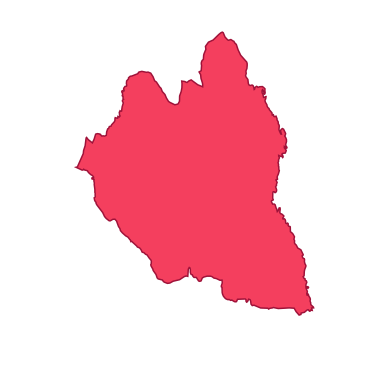 outline of Guavatá, Santander, Colombia, rotated 165°
{"feature_id": "7082276B43213471639741", "entity_name": "Guavatá", "entity_type": "district", "adm_level": 2, "iso_a3": "COL", "parent_name": "Colombia", "parent_adm1": "Santander", "projection": "equal_earth", "projection_center": [-73.726, 5.947], "detail": "fine", "context": "isolated", "style": "filled", "palette": "rose", "viewbox_px": 384, "rotation_deg": 165, "n_neighbors": 0, "source": "geoboundaries", "source_scale": "gbopen_adm2", "svg_char_len": 6001}
<svg xmlns="http://www.w3.org/2000/svg" viewBox="0 0 384 384"><g transform="rotate(165 192 192)"><path d="M87.2,218.2L87.4,220.2L87.9,222.1L87.1,222.9L86.4,224.3L87.3,229.0L88.3,229.9L89.7,229.3L90.7,228.3L90.7,224.8L91.2,225.0L91.8,228.5L91.8,230.0L90.6,233.1L90.6,234.4L91.0,235.5L90.6,237.4L91.2,239.8L90.9,240.6L91.2,243.5L92.7,243.4L93.3,243.8L93.4,245.6L94.5,245.5L94.3,247.9L96.0,251.5L96.0,252.7L96.9,254.0L97.2,255.5L97.1,257.0L97.8,259.5L97.9,261.1L97.5,262.1L96.7,262.9L95.8,265.0L96.4,265.1L97.8,264.5L98.4,264.8L98.2,268.6L98.5,269.0L98.5,270.1L98.1,271.7L97.4,272.6L97.0,272.0L96.8,270.8L96.9,268.0L96.6,267.7L96.1,268.1L95.6,269.2L95.4,270.9L94.8,272.8L95.8,274.5L96.7,275.6L99.4,276.2L101.2,276.0L101.7,276.9L102.4,277.4L104.1,276.6L105.0,275.0L105.4,274.9L105.2,277.1L105.5,279.0L106.3,279.8L108.3,279.8L109.3,280.8L109.5,282.2L108.9,286.2L110.1,289.4L110.1,290.6L108.9,292.6L108.8,294.0L108.4,295.2L107.0,297.1L106.0,299.8L105.5,301.6L105.5,303.3L109.6,311.5L110.7,317.5L111.0,323.1L112.1,324.9L112.6,326.8L113.2,327.2L115.0,329.2L117.5,329.1L118.3,329.9L120.0,333.2L120.6,337.8L121.4,338.6L123.0,338.3L125.4,337.2L132.3,333.3L137.3,332.5L141.3,329.2L141.7,326.2L144.6,322.4L145.3,321.2L146.7,317.2L148.3,316.3L149.4,314.8L149.9,313.3L150.0,311.7L151.7,306.8L154.1,306.1L153.3,303.1L153.9,299.4L153.7,294.8L153.9,292.8L154.5,290.9L158.7,294.1L163.8,300.5L166.3,300.1L168.4,299.1L169.3,299.6L170.4,300.6L173.2,301.8L173.6,299.3L174.8,295.3L176.4,291.9L179.1,288.0L180.6,282.9L182.5,280.8L183.3,280.6L186.0,280.7L190.4,284.5L191.3,285.7L192.4,289.5L192.9,293.2L194.7,296.7L195.1,300.2L196.1,301.9L197.9,307.4L199.3,309.1L199.8,313.4L201.1,317.5L203.4,319.2L205.0,319.4L209.2,321.5L211.3,321.6L212.6,321.5L213.7,320.3L220.2,319.6L221.7,319.8L223.7,318.8L224.1,317.7L226.4,316.2L227.3,313.8L227.4,312.1L227.9,311.2L229.4,311.3L231.1,309.9L231.5,308.9L231.2,308.2L231.4,307.4L231.8,307.1L233.1,307.9L233.6,307.6L233.9,307.0L233.9,306.5L233.4,306.0L233.8,304.9L233.8,303.6L234.4,303.3L234.4,302.7L233.9,302.1L234.5,299.9L234.1,299.3L235.4,298.6L235.7,298.0L235.3,295.8L237.3,292.6L239.1,288.4L239.8,288.4L240.5,289.1L241.2,288.1L241.6,287.9L242.1,284.8L241.8,284.1L242.8,283.3L244.0,284.2L244.6,282.6L245.1,282.6L246.9,283.7L247.3,283.1L248.0,280.9L248.9,279.9L252.3,277.7L253.1,276.6L254.9,276.6L256.2,274.9L257.1,274.8L258.9,272.1L260.1,268.9L262.0,268.6L263.4,269.3L264.5,269.3L265.0,269.8L265.5,271.4L266.0,271.4L266.5,272.1L268.4,272.9L270.1,272.8L272.9,268.3L275.5,265.2L278.7,269.5L279.7,272.0L280.2,271.7L280.8,270.4L283.2,264.4L286.0,260.1L287.1,257.2L296.2,245.9L297.6,245.9L292.5,241.6L291.4,241.5L290.7,242.0L290.1,241.1L287.5,239.6L287.0,237.7L285.3,235.0L284.0,233.8L283.2,232.0L283.4,231.1L284.8,231.6L285.3,230.7L283.4,229.3L283.9,228.1L284.0,226.0L284.5,224.6L285.2,219.4L285.9,216.8L285.9,215.5L286.4,214.1L286.5,212.8L286.9,212.2L288.0,211.7L288.2,209.3L287.9,207.8L287.4,207.0L287.6,205.6L287.1,203.8L283.6,195.3L282.8,190.9L281.7,188.6L279.5,185.7L278.5,185.3L275.5,186.1L273.5,185.7L272.4,183.5L271.9,177.6L271.1,175.4L271.1,173.2L269.8,170.5L267.4,166.8L265.7,165.2L265.2,164.2L264.4,162.2L264.0,161.8L263.9,159.9L263.1,160.0L259.4,154.2L259.0,153.0L257.1,151.6L256.2,149.6L255.7,146.8L254.1,145.8L253.0,143.9L251.7,142.9L250.5,139.4L249.2,136.6L249.2,135.6L250.0,133.2L250.6,132.5L250.7,131.3L249.8,127.8L249.8,126.2L248.1,121.6L247.9,118.1L247.2,116.8L243.3,114.6L242.8,112.9L242.0,112.0L239.4,110.1L236.9,109.8L233.3,110.7L226.7,110.5L221.3,112.3L219.4,112.4L217.9,111.6L215.5,118.5L214.2,119.8L213.6,119.1L213.7,117.4L214.4,114.9L214.4,113.3L214.1,112.5L213.1,111.9L212.9,110.3L212.2,109.0L209.9,108.3L208.7,104.4L207.6,103.7L206.2,103.8L204.3,106.3L202.5,106.8L199.2,106.8L195.9,105.9L194.6,105.1L193.1,103.2L190.9,102.1L187.8,99.5L185.8,99.1L186.3,96.3L188.0,93.7L188.2,92.8L187.7,92.2L188.9,86.9L188.9,85.2L188.6,83.2L187.9,81.6L187.2,80.3L185.9,79.2L185.0,78.6L184.1,78.7L182.7,77.3L181.5,77.3L179.4,75.1L178.2,74.6L177.4,74.6L175.8,76.6L168.3,74.9L167.7,74.1L168.1,72.6L167.8,71.5L166.8,71.7L165.0,73.8L163.8,73.0L163.6,71.4L164.0,68.4L163.2,66.7L161.4,66.6L155.7,62.2L148.8,60.1L148.3,59.1L146.7,59.5L144.3,59.2L143.4,59.4L138.8,57.1L128.1,54.9L123.4,53.3L122.4,49.5L120.4,45.4L118.5,45.5L117.9,46.8L114.6,46.7L111.1,48.3L110.2,48.2L109.4,46.5L108.7,46.4L108.1,47.2L106.5,46.5L106.5,49.0L104.5,48.6L104.5,49.4L106.1,51.9L106.4,53.1L106.0,54.1L106.2,56.1L105.4,57.9L105.5,59.4L106.1,61.2L106.1,62.6L106.4,63.5L106.9,62.4L107.5,62.6L107.5,64.0L106.3,66.1L106.7,69.2L106.6,70.2L104.9,69.0L104.1,69.8L104.6,70.6L106.2,70.9L106.3,71.8L105.8,73.3L104.5,75.0L104.5,76.0L104.7,76.8L105.3,77.1L105.5,77.8L105.3,79.0L106.2,79.7L106.6,81.4L105.4,82.1L104.1,86.1L103.3,87.8L101.3,90.6L101.0,91.6L101.5,93.7L101.4,95.8L100.8,97.5L100.8,98.5L101.8,99.3L102.2,100.8L102.0,102.0L101.1,102.2L100.8,102.7L101.8,108.0L104.4,110.6L105.0,113.7L105.9,115.2L106.2,116.3L105.5,118.5L105.8,120.0L104.6,122.2L105.3,125.2L106.0,126.6L107.2,128.2L106.1,132.9L106.4,133.4L107.5,134.0L107.8,134.8L107.3,136.3L107.7,137.2L108.8,137.0L109.5,137.7L109.1,140.1L109.2,141.4L109.8,142.3L111.0,142.3L111.1,143.3L109.7,144.6L109.5,145.3L111.0,147.5L112.1,148.2L112.5,149.5L111.2,152.7L111.1,153.9L111.9,154.1L113.7,151.6L114.7,151.0L114.6,153.8L114.9,154.8L115.0,158.1L115.6,159.0L117.3,159.5L117.8,162.2L117.3,163.1L115.8,163.2L115.5,163.6L115.7,165.0L114.2,170.2L113.5,171.2L112.6,171.0L112.0,169.9L111.4,169.9L110.4,170.6L109.9,171.5L109.7,172.4L109.9,175.4L108.6,176.6L108.5,177.5L107.3,179.2L107.8,181.9L107.1,182.3L106.2,182.1L105.9,183.3L106.0,184.1L105.5,185.1L104.0,186.9L102.1,190.1L102.3,191.3L101.6,194.1L101.8,194.7L101.3,196.1L101.3,198.1L100.4,199.3L100.1,200.6L98.7,202.4L99.0,204.0L98.8,204.9L97.1,203.5L96.2,203.4L95.5,201.8L94.9,202.3L94.9,203.9L95.4,205.2L94.7,205.8L91.8,205.5L90.3,207.5L90.4,208.5L91.4,210.8L91.0,212.1L90.4,211.4L89.8,209.9L89.1,209.9L88.7,210.6L89.3,212.3L89.2,213.7L87.7,216.2L87.2,218.2Z" fill="#f43f5e" stroke="#9f1239" stroke-width="1.5"/></g></svg>